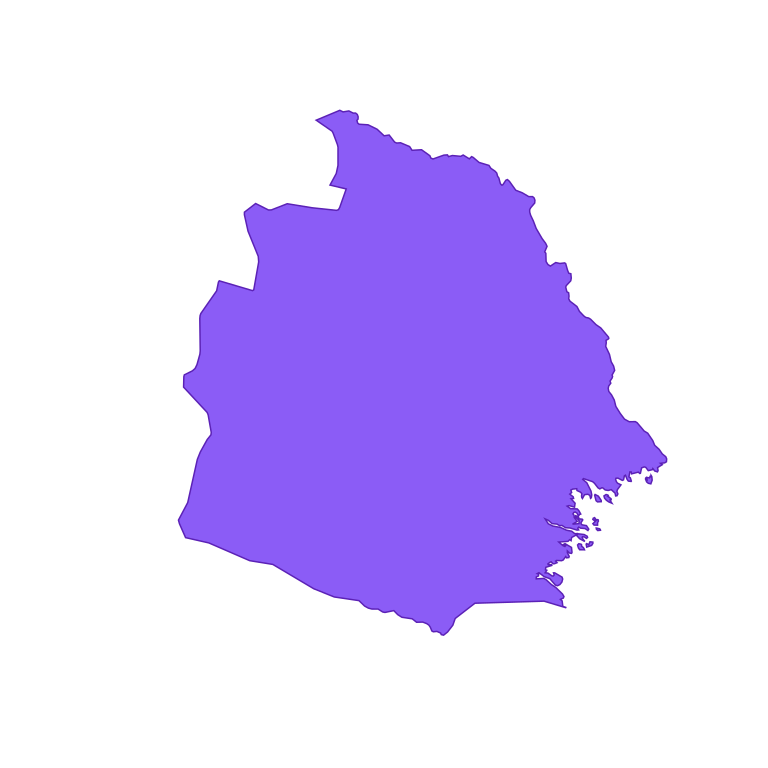 Norrbotten, orthographic projection, rotated 340°
{"feature_id": "SWE-190", "entity_name": "Norrbotten", "entity_type": "County", "adm_level": 1, "iso_a3": "SWE", "parent_name": "Sweden", "parent_adm1": "", "projection": "orthographic", "projection_center": [22.14, 67.052], "detail": "fine", "context": "isolated", "style": "filled", "palette": "violet", "viewbox_px": 768, "rotation_deg": 340, "n_neighbors": 0, "source": "natural_earth", "source_scale": "10m", "svg_char_len": 6168}
<svg xmlns="http://www.w3.org/2000/svg" viewBox="0 0 768 768"><g transform="rotate(340 384 384)"><path d="M398.8,204.6L400.8,204.6L402.8,202.9L415.2,187.8L401.3,178.6L411.1,169.9L415.5,162.9L421.8,145.7L422.1,143.1L422.0,131.0L421.7,128.7L410.5,112.9L436.1,111.7L438.6,114.3L444.4,115.4L447.7,118.9L450.0,119.7L451.1,121.6L451.1,124.0L450.2,126.2L448.7,127.0L448.5,129.8L449.5,131.4L457.7,135.0L464.7,142.3L469.0,150.8L474.0,151.8L476.7,160.3L478.3,161.9L482.1,163.0L489.3,169.7L490.3,174.0L499.4,176.7L505.2,185.2L505.3,187.7L507.0,189.3L518.6,189.4L522.0,190.4L522.4,192.4L526.4,192.7L534.0,196.3L536.7,195.9L541.2,201.6L544.1,200.3L545.4,201.7L549.1,208.3L557.4,214.5L558.2,217.9L561.2,222.1L562.1,224.4L561.8,227.6L562.4,229.7L561.9,235.1L562.1,236.3L562.8,237.5L563.9,237.4L568.2,234.2L569.9,234.1L571.2,236.5L574.1,247.0L579.4,251.7L584.1,257.4L587.7,258.7L588.7,260.5L588.7,262.9L587.5,265.5L582.2,268.5L580.5,270.0L579.7,272.4L579.5,275.6L580.1,281.8L580.2,289.9L582.3,301.4L584.0,307.1L584.3,310.4L580.2,314.8L580.8,316.5L578.2,324.4L578.9,327.8L580.7,330.1L586.9,328.6L590.5,330.9L595.2,332.0L595.9,333.0L595.4,339.9L595.5,343.1L597.3,344.3L596.2,348.5L594.8,350.9L588.9,353.9L587.9,355.1L587.4,359.9L588.7,361.4L587.9,364.7L586.7,367.1L587.1,369.8L591.8,377.2L592.5,382.6L595.0,388.3L596.3,390.4L598.9,392.0L600.3,393.8L603.5,400.7L606.9,405.5L611.0,416.8L610.8,418.1L610.0,418.5L607.6,418.9L606.9,421.4L605.2,424.5L606.0,433.3L605.1,440.8L605.9,445.7L605.4,450.1L601.4,453.6L601.4,455.1L600.3,456.5L597.4,458.6L597.4,460.8L594.5,462.7L593.2,464.8L592.7,467.9L594.1,472.1L594.9,477.8L594.2,484.3L595.9,492.4L598.0,499.3L601.5,503.3L607.3,505.3L608.6,506.9L612.4,517.2L615.0,520.4L617.2,529.1L617.4,534.2L620.2,539.5L621.6,544.9L623.9,548.7L624.0,551.1L622.8,553.7L620.8,554.1L616.7,553.1L617.9,555.0L612.5,556.1L611.9,559.2L610.9,560.1L608.6,558.3L607.7,555.4L606.8,556.3L602.7,555.8L601.5,551.9L600.2,550.9L597.4,550.9L594.4,555.6L593.8,555.6L592.8,553.8L585.9,553.1L586.2,551.2L585.0,550.7L582.4,555.0L583.4,556.4L583.2,559.9L582.9,560.1L580.4,558.8L579.8,556.7L579.7,552.3L578.5,552.5L576.3,556.0L575.0,556.1L571.6,552.4L569.7,551.9L569.0,552.9L569.0,555.3L569.5,557.0L572.2,559.8L567.2,563.1L566.1,564.7L566.2,567.3L564.7,568.7L563.4,568.4L563.8,565.6L561.4,561.0L558.2,560.7L555.6,559.2L554.0,556.4L553.2,556.0L550.9,556.4L549.6,554.8L547.8,549.2L546.6,547.1L539.1,541.1L538.1,541.6L540.8,546.2L541.9,555.4L541.3,559.3L539.9,561.8L539.0,562.1L539.3,559.0L537.8,557.3L534.6,556.6L531.3,559.5L531.0,558.3L531.3,556.8L532.4,554.7L531.7,552.9L528.9,550.1L529.3,548.3L525.3,547.3L523.3,547.6L523.2,550.2L520.9,551.0L523.2,554.7L523.0,556.4L520.5,555.8L522.8,561.4L520.9,564.9L516.3,561.5L514.3,561.4L516.6,564.9L522.9,567.5L523.8,569.7L524.4,573.5L523.0,573.5L521.7,574.6L521.1,571.2L519.9,569.7L518.4,569.6L517.1,570.7L517.7,572.4L517.1,574.6L518.6,579.2L513.2,580.2L519.5,581.9L520.6,579.2L518.6,574.6L519.1,573.4L519.9,574.0L521.3,576.4L520.9,577.3L524.0,578.8L524.3,579.7L521.7,581.7L521.4,582.9L522.0,584.1L525.8,586.3L526.8,590.4L525.5,591.4L523.5,588.6L519.4,586.7L518.1,585.1L516.7,585.8L517.0,587.7L515.4,587.3L509.7,583.0L505.4,581.1L502.9,577.8L500.5,577.1L498.6,574.8L494.2,572.7L491.8,568.3L489.3,565.9L490.6,571.6L493.9,575.1L500.8,579.2L505.5,583.8L510.0,586.5L512.1,589.9L514.0,590.5L512.5,591.7L507.8,592.4L506.2,595.2L505.2,593.8L503.1,594.8L494.2,592.3L496.8,597.0L498.4,598.6L499.6,597.9L498.0,596.1L499.5,595.9L504.3,601.7L503.1,606.5L502.3,607.3L500.5,606.3L499.2,603.6L498.6,605.2L499.1,609.3L498.3,610.3L496.1,609.8L495.7,608.3L492.2,610.7L490.5,610.8L485.7,608.8L484.7,609.1L485.5,611.1L482.8,611.2L481.4,610.8L480.2,608.2L478.9,608.3L476.5,609.1L476.5,610.0L479.6,611.0L479.6,611.9L473.3,611.6L472.2,613.8L473.3,614.7L470.9,616.5L473.4,617.8L476.3,621.9L477.6,622.3L478.6,621.6L478.7,619.4L479.8,619.8L485.3,626.4L485.2,628.4L483.4,631.0L480.7,632.6L478.1,632.9L476.3,631.6L473.2,623.6L468.6,619.8L465.1,614.3L463.2,614.6L464.3,615.5L463.5,617.2L461.1,617.4L460.4,619.2L467.6,621.3L469.3,623.2L472.7,629.7L475.8,633.9L479.9,642.4L480.4,645.3L479.3,646.5L476.1,646.7L477.2,648.8L476.0,654.1L478.4,656.1L478.2,656.3L460.1,642.8L394.5,621.1L370.7,628.7L366.2,634.2L358.9,638.8L354.1,640.4L352.1,639.1L352.0,637.4L349.1,634.6L345.6,633.7L344.5,632.5L344.3,628.3L343.7,625.9L342.2,623.8L339.0,621.0L333.1,619.0L330.2,614.3L321.0,609.3L318.0,605.4L315.7,600.3L306.8,599.0L304.8,597.8L301.5,593.5L295.6,591.3L292.6,589.2L289.8,586.0L286.4,579.0L264.4,567.1L248.0,552.4L217.8,515.5L197.4,504.1L165.0,473.4L145.0,460.5L144.0,445.4L144.3,441.6L159.0,428.3L182.8,391.0L188.1,385.1L198.9,375.7L204.0,372.6L205.1,370.4L208.2,352.8L208.1,350.3L194.6,318.4L198.4,308.7L199.5,307.1L208.5,306.1L211.8,304.8L214.9,301.8L221.2,293.0L222.6,290.1L233.3,259.5L234.6,256.8L236.0,255.1L258.6,239.2L263.3,231.6L264.5,230.7L292.4,251.3L293.8,251.0L308.0,226.4L309.5,221.0L308.5,193.9L310.7,177.2L311.6,174.8L325.1,170.5L335.0,181.0L337.7,181.9L354.7,181.5L376.5,193.7L398.8,204.6ZM514.9,596.3L513.1,592.0L515.3,591.2L520.6,593.9L522.9,596.6L522.8,597.9L521.4,598.3L520.0,596.3L518.3,595.4L517.8,595.8L517.8,597.6L518.7,600.0L518.4,600.2L514.9,596.3ZM603.7,561.2L604.0,562.6L603.1,566.1L600.6,569.1L598.4,567.7L597.3,565.8L597.2,562.8L597.6,562.1L598.5,563.8L599.0,561.6L601.3,563.0L602.5,561.8L603.1,562.6L603.7,561.2ZM555.8,566.1L558.1,569.4L557.9,570.4L556.9,570.1L556.7,570.8L557.4,574.0L554.8,571.6L553.2,569.3L552.2,566.7L552.4,564.4L554.9,563.8L556.4,564.9L556.6,566.0L555.8,566.1ZM544.3,567.8L543.4,566.3L543.4,565.5L543.9,560.5L544.6,560.0L547.1,562.7L548.3,567.7L547.9,568.9L544.3,567.8ZM511.2,606.7L510.6,604.6L510.8,601.5L512.4,600.7L514.4,601.9L514.7,602.7L514.2,604.0L515.4,605.9L515.7,607.6L515.7,608.4L511.2,606.7ZM523.6,602.7L526.2,604.0L525.8,605.2L523.9,606.7L518.7,606.6L519.2,603.6L519.9,603.3L521.4,605.0L523.6,602.7ZM532.5,586.7L537.9,584.3L538.8,584.9L538.6,586.2L537.3,587.3L536.4,589.7L533.1,588.4L532.5,586.7ZM534.2,591.9L537.1,593.8L537.5,594.7L537.4,595.5L534.7,594.8L533.9,593.0L534.2,591.9ZM534.8,584.1L533.9,582.7L534.7,581.7L536.2,581.6L536.7,583.4L534.8,584.1Z" fill="#8b5cf6" stroke="#5b21b6" stroke-width="1.5"/></g></svg>